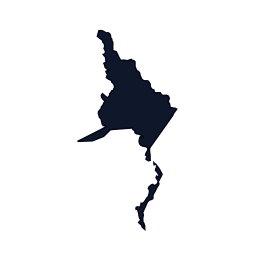 outline of Pedreiras, Maranhão, Brazil, rotated 342°
{"feature_id": "56859067B63468950003415", "entity_name": "Pedreiras", "entity_type": "district", "adm_level": 2, "iso_a3": "BRA", "parent_name": "Brazil", "parent_adm1": "Maranhão", "projection": "robinson", "projection_center": [-44.591, -4.656], "detail": "fine", "context": "isolated", "style": "filled", "palette": "ink", "viewbox_px": 256, "rotation_deg": 342, "n_neighbors": 0, "source": "geoboundaries", "source_scale": "gbopen_adm2", "svg_char_len": 3260}
<svg xmlns="http://www.w3.org/2000/svg" viewBox="0 0 256 256"><g transform="rotate(342 128 128)"><path d="M139.1,165.6L139.6,163.5L140.2,161.9L140.7,160.0L141.3,156.4L142.0,154.4L143.0,153.2L154.3,144.8L170.8,132.5L174.3,129.9L175.2,128.8L176.7,127.5L177.9,126.7L180.1,125.1L179.1,123.9L177.6,123.3L175.8,122.2L174.4,121.5L174.7,119.4L175.0,117.8L174.3,116.1L175.0,114.2L176.4,112.7L176.2,110.2L175.0,108.9L173.3,108.4L171.6,108.0L170.3,106.9L169.5,104.4L167.3,103.7L165.7,103.3L163.9,102.0L164.4,99.9L162.9,98.8L162.1,96.9L162.1,95.2L162.6,93.1L162.3,91.3L161.5,89.4L160.1,88.8L158.8,88.5L157.4,87.7L156.2,86.0L155.7,82.1L156.0,79.1L155.4,77.6L154.0,75.9L153.6,72.0L154.4,69.3L155.1,67.2L154.5,66.0L153.0,65.1L152.2,63.7L148.4,63.9L144.6,62.0L143.2,61.9L141.7,60.9L141.1,57.5L140.9,55.9L140.7,54.3L140.4,51.9L138.1,50.1L137.2,48.8L138.2,47.5L138.5,46.0L139.3,44.0L140.0,41.6L139.6,40.2L140.0,38.6L139.4,36.6L139.9,34.6L139.6,32.4L138.2,31.1L136.5,30.8L135.2,29.2L133.9,27.8L132.2,27.0L130.4,26.5L127.2,31.4L128.2,32.8L129.5,34.8L130.9,36.7L130.6,38.7L131.4,40.0L131.4,41.9L130.9,43.6L129.8,44.9L130.1,46.4L130.3,48.0L129.9,49.4L128.5,50.4L127.2,50.4L127.7,51.9L128.4,53.1L128.3,54.9L127.9,56.3L127.9,57.7L126.9,58.7L125.0,59.1L125.3,60.9L125.0,63.1L126.0,64.9L127.6,67.2L125.9,67.0L124.5,67.4L124.6,69.2L125.2,70.7L124.0,72.1L123.0,73.4L124.5,75.4L127.0,77.7L126.8,79.2L127.4,80.5L128.2,82.1L128.1,83.7L127.6,85.7L126.3,86.6L125.6,87.9L124.2,87.6L122.8,88.8L121.3,89.7L120.7,91.1L119.2,92.4L117.5,92.7L114.3,87.5L112.7,88.8L112.5,90.8L112.9,92.3L113.7,94.0L114.5,95.2L113.0,96.5L111.4,98.4L109.3,99.7L108.4,101.3L106.9,102.1L105.0,103.4L104.3,105.0L104.3,107.1L104.2,109.2L105.2,110.9L105.0,113.5L104.7,116.2L105.2,118.0L106.7,118.7L108.2,119.9L99.8,121.5L79.8,124.6L78.4,124.8L75.9,125.1L90.3,129.2L102.2,128.4L110.8,124.1L132.7,129.4L132.2,130.9L133.6,132.6L133.3,134.8L134.3,136.1L135.5,136.5L137.2,137.8L139.0,139.4L139.4,141.1L137.8,140.1L136.6,140.4L135.7,141.7L134.4,144.1L134.2,146.5L134.6,147.8L136.0,149.4L137.0,150.1L138.4,150.8L139.7,151.5L140.7,153.5L139.9,155.4L138.0,156.9L136.3,159.1L137.6,160.8L136.3,162.1L135.5,163.3L137.4,165.5L139.1,165.6ZM140.0,188.6L138.4,190.3L136.6,190.7L135.1,191.0L134.1,189.3L132.8,189.3L131.4,189.8L130.0,190.4L128.7,191.7L129.2,193.4L128.7,195.5L127.5,197.5L126.0,199.6L124.2,200.4L122.6,201.9L121.4,202.8L120.3,203.6L118.6,204.2L117.2,203.6L116.4,205.3L115.4,206.8L113.8,206.6L112.6,205.9L111.3,206.0L110.5,207.5L111.9,208.5L111.9,210.3L111.8,212.8L111.4,214.8L111.2,217.0L111.9,219.7L110.3,220.2L109.0,221.1L109.7,222.6L110.8,224.2L111.0,226.8L112.6,229.5L113.6,226.0L113.6,223.7L113.2,222.0L113.6,219.9L114.3,217.9L115.7,215.5L115.7,213.2L117.8,210.7L119.2,209.2L121.1,207.1L122.6,205.4L123.8,204.2L125.8,203.2L128.1,203.1L129.7,202.9L130.3,201.6L130.7,200.0L131.5,198.9L133.8,196.8L135.0,195.7L135.9,194.7L137.5,193.1L139.4,191.7L140.2,190.4L140.0,188.6ZM140.4,182.6L139.4,183.8L139.7,185.4L140.2,187.1L140.0,188.6L143.2,185.5L144.3,184.5L146.1,182.5L145.6,179.8L145.2,177.2L144.6,175.1L143.6,172.3L143.1,174.2L141.7,175.5L141.1,176.8L142.2,179.3L142.6,181.0L142.8,183.2L141.5,184.1L140.4,182.6ZM142.8,171.0L141.9,169.1L141.5,170.9L142.8,171.0Z" fill="#0f172a" stroke="#020617" stroke-width="1.5"/></g></svg>